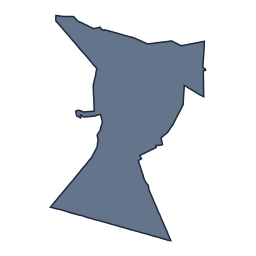 Ana, Al-Anbar, Iraq (Mercator projection)
{"feature_id": "34846034B40379251126698", "entity_name": "Ana", "entity_type": "district", "adm_level": 2, "iso_a3": "IRQ", "parent_name": "Iraq", "parent_adm1": "Al-Anbar", "projection": "mercator", "projection_center": [41.794, 34.329], "detail": "fine", "context": "isolated", "style": "filled", "palette": "slate", "viewbox_px": 256, "rotation_deg": 0, "n_neighbors": 0, "source": "geoboundaries", "source_scale": "gbopen_adm2", "svg_char_len": 2735}
<svg xmlns="http://www.w3.org/2000/svg" viewBox="0 0 256 256"><path d="M55.9,15.4L55.8,19.0L55.9,21.0L56.3,21.5L59.1,24.6L62.4,28.4L65.8,32.4L68.7,35.7L70.9,38.4L73.6,41.5L76.6,44.9L78.7,47.6L81.1,50.4L83.1,52.6L85.2,54.9L87.3,57.3L89.0,59.5L91.4,62.2L93.2,64.5L94.9,66.4L96.8,68.5L96.1,71.9L95.5,75.9L94.6,79.3L93.8,82.8L93.2,85.9L93.4,90.9L93.5,94.6L93.8,98.8L94.0,104.2L94.1,107.9L94.3,111.0L91.6,111.4L88.4,111.6L84.8,111.9L83.5,112.1L81.8,111.1L79.5,110.5L78.1,110.2L75.7,111.1L76.4,114.7L76.7,115.9L78.7,116.9L80.6,117.9L81.0,116.5L80.6,115.0L82.5,116.4L83.6,117.0L87.2,116.8L90.5,116.5L92.7,116.2L94.8,116.1L97.2,115.2L98.6,114.7L99.5,114.7L100.7,114.8L101.2,117.0L101.8,119.5L102.4,122.2L101.4,125.4L100.6,128.4L100.1,130.4L98.7,132.5L97.2,134.9L97.6,137.7L98.1,140.3L97.5,143.4L97.1,147.1L95.8,149.4L94.4,152.1L92.9,155.0L91.4,157.8L89.1,160.4L87.0,163.0L85.3,165.3L83.3,167.4L81.2,169.9L79.8,171.9L77.0,175.2L74.9,177.8L72.2,181.2L69.5,184.1L67.4,186.8L65.2,189.4L62.8,192.3L58.9,196.8L57.1,199.2L55.2,201.4L53.3,203.7L50.7,206.9L50.4,207.2L53.5,208.0L56.9,208.9L60.0,209.5L65.2,211.0L69.6,212.5L73.9,213.7L78.8,215.0L82.3,215.7L86.3,217.2L90.8,218.4L94.7,219.6L99.1,220.6L102.9,221.7L106.5,222.7L111.1,224.1L115.7,225.3L120.6,226.8L125.1,228.0L130.7,229.7L136.2,231.1L141.6,232.7L147.5,234.2L150.4,235.1L153.5,236.1L158.8,237.4L163.5,238.9L167.8,240.2L170.8,240.6L169.4,237.5L168.2,234.6L167.0,231.5L165.8,228.7L164.2,225.3L162.9,222.1L161.0,217.9L159.6,214.3L158.1,211.5L157.1,208.9L156.2,206.6L154.5,203.0L153.1,199.4L151.4,195.5L149.6,191.4L148.8,188.8L148.3,185.3L146.5,183.3L145.2,181.3L143.8,178.1L143.0,175.0L141.7,171.3L140.6,167.7L139.3,163.7L138.3,160.6L141.5,158.7L139.8,155.5L141.9,154.4L144.6,153.2L147.3,151.8L150.6,150.2L153.4,148.9L156.2,147.5L155.8,145.4L157.5,145.5L160.1,145.3L162.5,144.6L162.0,142.2L161.0,137.9L165.3,134.3L167.6,132.4L171.1,127.2L172.8,125.0L173.5,123.3L174.8,121.0L176.4,117.7L177.9,114.9L180.3,110.4L181.6,107.8L183.2,104.5L183.4,98.9L183.7,94.1L184.0,90.3L184.3,85.5L186.8,86.8L189.2,88.4L191.8,89.9L195.3,92.0L199.1,94.4L203.7,96.7L203.3,70.9L204.4,70.6L205.6,70.3L205.4,69.0L204.6,68.6L204.0,68.5L202.9,67.3L202.9,65.7L203.6,56.0L204.2,46.0L204.4,41.3L203.3,41.5L199.9,42.2L188.8,44.3L182.6,45.5L181.2,45.7L180.7,45.5L171.9,41.1L171.4,40.9L170.0,41.1L168.5,41.4L161.5,42.2L149.1,43.8L148.7,43.8L147.5,43.9L147.2,43.8L142.0,41.4L134.7,38.2L132.1,37.3L129.6,36.7L125.9,35.7L118.4,33.6L118.0,33.4L116.8,33.1L115.0,32.6L105.2,29.9L103.9,30.0L103.9,30.3L102.6,30.1L101.9,29.4L99.9,27.1L98.6,27.6L93.8,28.6L89.5,26.8L87.7,25.7L84.0,24.0L81.8,22.8L78.1,21.3L76.8,20.0L73.6,16.6L71.1,16.5L65.8,16.5L62.6,16.4L58.5,15.8L55.9,15.4Z" fill="#64748b" stroke="#1e293b" stroke-width="1.5"/></svg>